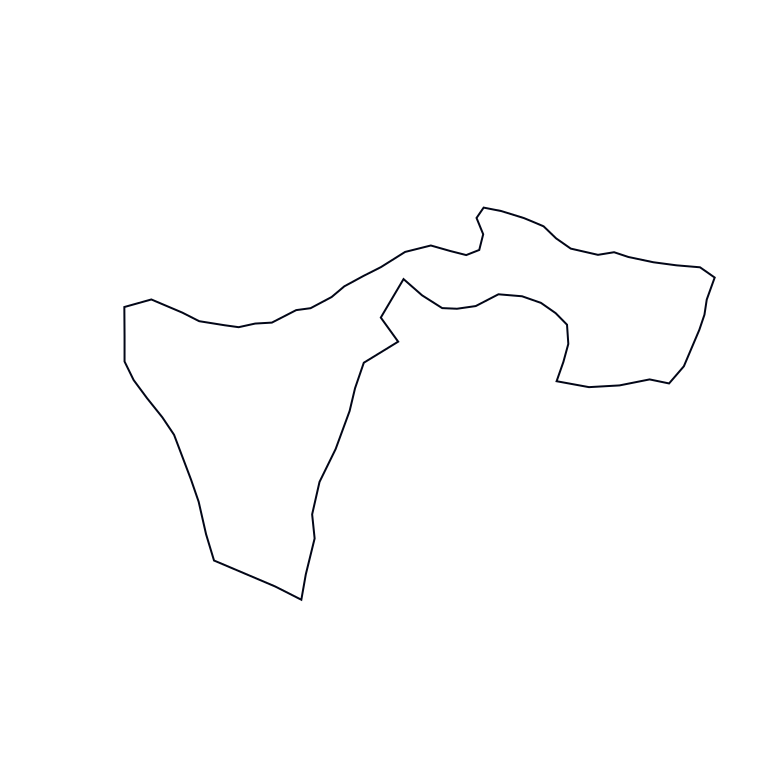 outline of Pigi, Cyprus, rotated 293°
{"feature_id": "46923920B21676423374692", "entity_name": "Pigi", "entity_type": "district", "adm_level": 2, "iso_a3": "CYP", "parent_name": "Cyprus", "parent_adm1": "", "projection": "natural_earth1", "projection_center": [33.773, 35.218], "detail": "fine", "context": "isolated", "style": "outline", "palette": "ink", "viewbox_px": 768, "rotation_deg": 293, "n_neighbors": 0, "source": "geoboundaries", "source_scale": "gbopen_adm2", "svg_char_len": 1150}
<svg xmlns="http://www.w3.org/2000/svg" viewBox="0 0 768 768"><g transform="rotate(293 384 384)"><path d="M153.1,392.2L178.2,386.4L214.7,380.5L235.9,368.8L268.7,362.9L305.2,364.9L345.7,362.9L368.8,359.0L395.7,357.1L428.5,380.5L443.9,355.1L488.2,361.0L480.5,384.4L476.6,407.9L481.8,421.8L491.6,438.0L511.3,454.3L518.7,476.8L520.0,496.8L516.3,514.3L510.1,529.3L492.9,538.0L474.4,540.5L454.0,541.8L461.2,573.9L474.7,601.3L492.0,626.7L495.9,646.2L517.5,653.1L539.7,653.1L557.0,653.1L573.0,651.9L587.8,648.1L611.2,646.8L614.9,629.3L607.5,606.8L601.3,584.3L596.4,559.3L595.2,544.3L586.5,530.5L581.6,503.0L585.3,485.5L591.5,469.3L591.5,456.8L591.4,448.0L589.0,424.3L585.3,406.8L573.0,404.3L560.6,416.8L544.6,419.3L534.8,409.3L532.3,393.0L529.8,373.0L513.8,351.8L490.4,335.5L475.6,323.0L458.4,309.3L443.6,301.8L425.1,286.8L417.7,274.3L396.7,256.8L389.3,241.8L379.5,228.0L375.8,214.3L369.6,189.3L370.9,170.5L370.9,150.5L370.9,136.8L353.4,114.9L326.4,126.6L303.3,136.4L289.8,152.0L278.3,171.5L266.7,193.0L255.2,210.6L220.5,243.8L203.2,259.4L176.2,278.9L155.1,296.5L155.1,318.0L155.1,362.9L153.1,392.2Z" fill="none" stroke="#020617" stroke-width="2"/></g></svg>